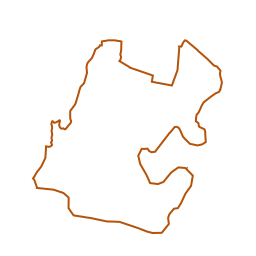 the district of Adh Dhihar, Ibb, Yemen, rotated 192°
{"feature_id": "15242507B70746280021443", "entity_name": "Adh Dhihar", "entity_type": "district", "adm_level": 2, "iso_a3": "YEM", "parent_name": "Yemen", "parent_adm1": "Ibb", "projection": "equal_earth", "projection_center": [44.168, 13.976], "detail": "fine", "context": "isolated", "style": "outline", "palette": "amber", "viewbox_px": 256, "rotation_deg": 192, "n_neighbors": 0, "source": "geoboundaries", "source_scale": "gbopen_adm2", "svg_char_len": 4634}
<svg xmlns="http://www.w3.org/2000/svg" viewBox="0 0 256 256"><g transform="rotate(192 128 128)"><path d="M204.3,93.0L202.6,81.6L204.9,72.1L207.9,66.0L209.8,60.4L209.7,60.4L210.4,58.9L208.9,57.8L204.8,51.1L204.7,50.4L201.2,50.8L188.0,52.2L182.8,51.6L177.6,51.0L171.6,47.6L171.0,44.7L169.5,37.3L165.7,33.6L163.0,31.2L154.3,31.7L149.7,31.9L146.0,32.2L141.5,32.2L131.9,32.2L129.2,32.2L124.0,33.2L116.9,34.4L113.6,34.1L109.6,33.6L97.4,32.2L88.2,30.7L82.2,30.4L73.2,32.5L68.1,42.6L70.1,48.5L69.6,52.2L66.3,58.6L62.5,60.0L60.5,65.7L58.1,75.9L54.3,84.5L54.7,94.9L62.3,100.0L62.3,100.3L62.5,100.1L63.5,100.8L68.3,100.2L70.6,99.9L74.0,96.2L76.6,93.3L79.3,88.1L82.1,82.6L87.1,79.4L94.9,78.7L100.3,86.1L108.5,95.2L112.2,103.0L110.3,110.4L108.4,110.8L104.5,111.8L102.4,109.8L99.9,109.2L96.6,110.4L96.2,111.2L86.2,132.1L85.8,132.4L82.5,138.7L80.4,139.3L78.4,138.7L76.7,136.9L72.4,130.9L69.8,129.0L67.7,127.7L64.1,125.4L61.5,125.4L56.4,125.4L52.2,127.3L49.0,130.4L51.0,137.4L51.8,140.7L52.9,142.5L53.4,142.8L58.1,143.8L59.0,144.4L59.9,146.8L60.2,147.5L63.0,148.7L63.3,150.6L63.6,152.9L63.6,155.4L62.4,157.4L62.0,158.6L61.1,162.4L60.7,164.7L59.3,168.9L53.6,175.7L51.1,178.4L49.2,180.4L46.7,182.0L46.3,182.9L46.1,183.8L46.0,183.6L45.7,184.3L45.6,188.6L45.6,191.1L45.6,191.8L46.2,193.4L48.3,197.5L49.4,200.2L49.4,202.9L49.8,203.7L50.3,204.0L53.2,206.2L53.9,206.7L54.5,206.7L56.4,206.9L57.0,207.0L57.8,207.5L63.4,211.2L64.8,212.1L67.5,213.6L75.6,218.1L76.0,218.6L89.2,225.6L90.7,225.5L91.9,222.7L92.7,218.8L95.0,218.3L94.6,217.6L93.3,207.5L91.6,194.8L92.6,188.0L93.9,178.7L105.7,178.4L114.3,178.2L114.6,184.5L117.0,184.8L124.2,185.7L126.1,185.9L129.2,186.3L134.3,186.9L139.1,187.5L139.4,188.0L141.6,188.7L149.2,191.3L150.3,191.7L149.8,192.5L149.6,193.6L149.5,195.4L149.9,196.9L150.4,197.6L150.9,198.6L150.7,200.3L150.8,201.7L150.9,203.2L151.0,203.5L152.4,211.2L153.6,211.3L156.0,211.1L157.1,211.1L159.2,211.0L165.0,209.8L165.6,209.6L171.5,207.3L171.4,206.0L170.9,204.0L170.8,203.3L172.7,203.0L172.8,202.6L172.9,201.7L173.3,201.2L173.5,201.0L174.2,200.2L175.0,199.3L175.7,198.7L176.1,198.1L176.4,197.5L176.4,197.0L176.4,196.8L176.4,196.4L176.5,196.2L176.7,195.0L176.7,194.2L176.9,193.4L177.1,192.5L177.2,191.7L177.5,190.4L177.6,190.1L177.7,189.7L177.9,188.9L178.1,188.3L178.4,187.9L178.7,187.5L179.1,186.8L179.7,185.7L180.5,184.5L180.8,183.6L181.1,182.9L181.2,182.3L181.3,181.7L181.3,181.0L181.3,180.2L181.3,179.6L181.3,179.2L181.2,178.9L181.0,178.0L180.8,177.5L180.7,177.0L180.5,176.5L180.4,176.1L180.3,175.8L180.2,175.6L179.8,174.1L179.7,173.9L179.6,173.4L179.6,172.8L179.6,172.0L179.8,170.4L179.8,170.0L179.8,169.2L179.9,168.3L180.0,166.7L180.0,166.0L180.0,165.9L180.1,165.5L180.2,164.2L180.2,163.5L180.4,162.6L180.6,162.2L180.9,161.7L181.2,161.2L181.7,160.4L182.3,159.4L182.7,158.8L182.9,158.2L183.0,158.0L183.1,157.4L183.2,156.7L183.3,155.4L183.4,155.1L183.5,152.5L183.6,150.3L183.7,148.9L183.9,147.3L184.1,145.0L184.2,142.9L184.3,142.6L184.3,142.2L184.3,141.7L184.5,141.0L184.6,140.5L184.9,139.4L185.6,138.0L186.1,136.9L187.0,134.9L187.6,133.7L187.9,133.0L188.0,132.3L187.8,131.2L187.6,130.4L187.5,130.0L187.4,129.5L187.2,128.2L187.0,127.6L186.7,126.3L186.5,125.3L186.1,124.7L185.3,123.2L185.1,123.0L185.0,122.6L184.9,122.4L184.9,122.1L185.0,121.7L185.1,121.2L185.5,120.4L185.8,119.9L186.1,119.3L186.5,118.6L187.0,117.6L187.4,116.7L187.9,115.8L188.2,115.1L188.5,114.6L188.7,114.1L189.0,113.8L189.1,113.7L189.3,113.6L189.6,113.6L189.9,113.7L190.1,113.8L190.3,113.8L190.6,114.0L190.8,114.1L191.0,114.2L191.3,114.1L191.6,114.0L192.2,113.7L192.6,113.6L193.4,113.6L193.7,113.8L194.1,114.1L194.5,114.4L194.8,114.7L195.1,115.1L195.6,115.8L195.8,116.2L195.9,116.7L196.1,117.7L196.1,118.9L196.0,119.7L196.0,120.2L196.1,120.5L196.1,120.8L196.1,121.0L196.4,121.3L196.7,121.3L197.1,120.8L197.5,120.4L198.1,119.8L198.6,119.4L199.1,118.9L199.5,118.6L200.1,118.3L200.7,118.0L201.0,117.8L201.3,117.8L201.7,118.0L201.9,118.2L202.6,118.7L202.8,118.8L203.0,118.9L203.3,118.9L203.4,118.7L203.5,118.7L203.6,118.3L203.7,117.5L203.8,116.6L203.8,116.1L203.8,115.9L203.6,115.6L203.4,115.1L203.3,114.9L203.1,114.7L202.8,114.0L202.6,113.5L202.3,112.7L202.2,112.2L202.1,111.7L202.2,110.8L202.2,109.9L202.2,109.5L202.0,109.0L201.7,108.2L201.4,107.3L201.0,106.5L200.8,106.0L200.8,105.7L200.7,105.4L200.7,104.8L200.8,104.3L200.8,103.6L200.8,103.1L200.8,102.7L200.7,102.4L200.7,102.1L200.6,101.8L200.3,101.4L200.2,101.1L199.9,100.5L199.8,100.2L199.7,99.9L199.7,99.5L199.8,99.2L200.0,98.7L200.2,98.3L200.3,98.0L200.3,97.8L200.1,97.5L199.9,97.2L199.6,96.9L199.1,96.3L198.8,95.7L199.4,94.5L200.7,93.4L201.6,93.1L204.3,93.0Z" fill="none" stroke="#b45309" stroke-width="2"/></g></svg>